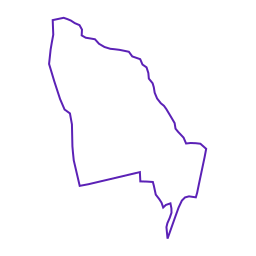 the district of Kamukunji, Nairobi, Kenya, rotated 269°
{"feature_id": "3690345B2174573011329", "entity_name": "Kamukunji", "entity_type": "district", "adm_level": 2, "iso_a3": "KEN", "parent_name": "Kenya", "parent_adm1": "Nairobi", "projection": "orthographic", "projection_center": [36.857, -1.275], "detail": "fine", "context": "isolated", "style": "outline", "palette": "violet", "viewbox_px": 256, "rotation_deg": 269, "n_neighbors": 0, "source": "geoboundaries", "source_scale": "gbopen_adm2", "svg_char_len": 1117}
<svg xmlns="http://www.w3.org/2000/svg" viewBox="0 0 256 256"><g transform="rotate(269 128 128)"><path d="M237.2,54.6L222.6,54.9L214.7,53.3L207.8,52.0L193.4,50.2L176.0,55.1L158.1,60.6L147.6,64.9L143.6,70.2L132.6,72.0L110.7,72.1L104.8,72.5L96.6,73.2L92.4,74.1L71.0,78.7L72.5,87.6L83.7,139.1L74.4,139.4L74.1,145.9L73.6,151.9L70.0,152.8L60.9,154.6L56.5,157.9L52.8,160.2L47.9,161.8L50.4,164.5L51.9,169.1L46.9,170.0L42.5,170.0L37.3,168.1L32.1,165.7L28.2,164.7L16.7,165.6L36.5,173.0L47.6,177.2L54.5,180.6L57.6,183.8L58.6,187.8L57.5,194.6L62.0,196.0L71.0,198.0L97.6,204.1L105.8,205.8L111.0,200.1L111.6,195.6L111.9,190.4L111.5,185.8L117.4,183.4L123.2,178.1L126.5,175.5L132.1,174.7L136.9,172.0L141.8,169.2L146.3,166.6L149.6,164.3L152.1,161.3L157.0,157.6L162.8,155.3L168.3,154.5L172.3,153.4L177.0,149.7L182.6,149.3L188.3,147.6L191.2,143.6L196.6,141.4L199.5,133.5L204.2,130.2L205.3,125.4L206.3,120.8L207.0,115.9L207.5,111.7L209.4,105.9L212.7,100.5L217.3,96.5L218.1,92.4L219.0,87.3L221.4,83.3L227.2,83.7L231.7,81.3L233.8,76.6L236.4,72.8L237.9,69.4L239.3,65.6L237.2,54.6Z" fill="none" stroke="#5b21b6" stroke-width="2"/></g></svg>